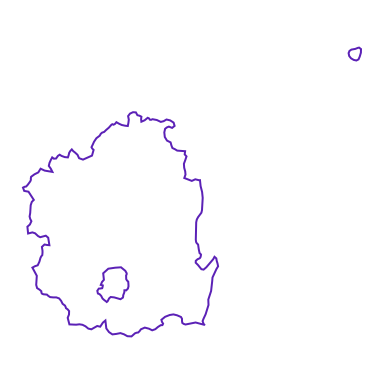 outline of North Gyeongsang
{"feature_id": "KOR-2509", "entity_name": "North Gyeongsang", "entity_type": "Metropolitan City", "adm_level": 1, "iso_a3": "KOR", "parent_name": "South Korea", "parent_adm1": "", "projection": "equal_earth", "projection_center": [128.783, 36.538], "detail": "fine", "context": "isolated", "style": "outline", "palette": "violet", "viewbox_px": 384, "rotation_deg": 0, "n_neighbors": 0, "source": "natural_earth", "source_scale": "10m", "svg_char_len": 3784}
<svg xmlns="http://www.w3.org/2000/svg" viewBox="0 0 384 384"><path d="M200.0,180.2L200.0,180.4L200.6,186.1L202.1,192.0L202.7,197.9L202.0,210.1L201.4,212.7L198.1,217.1L196.8,219.5L196.2,222.3L195.8,239.7L196.1,242.0L196.8,243.3L197.5,243.9L198.1,244.6L198.8,249.5L199.6,253.2L200.5,253.9L201.0,254.7L200.6,256.9L199.8,258.2L198.6,258.8L197.6,259.2L195.8,260.8L195.7,262.7L198.0,265.0L199.6,267.0L201.4,269.2L203.6,269.6L206.3,267.3L213.2,259.2L214.5,256.8L216.3,258.4L216.7,260.8L217.5,263.4L218.1,266.3L216.4,269.1L212.5,277.5L212.2,281.2L211.1,291.0L208.3,299.6L208.5,305.0L205.6,314.3L203.5,318.8L202.6,321.1L203.5,323.7L204.3,324.7L204.2,324.8L195.6,322.5L185.5,324.5L183.7,323.9L182.3,322.9L182.0,321.0L182.0,318.8L181.0,317.0L177.1,315.3L173.4,314.4L169.7,315.0L165.1,316.8L161.4,319.8L162.0,321.9L163.1,323.7L162.4,325.1L160.7,325.2L157.9,327.0L155.3,329.2L152.2,330.3L149.0,328.7L144.8,327.6L140.9,329.3L139.6,331.1L138.2,332.5L136.6,332.7L135.0,333.3L131.5,336.4L127.4,336.2L124.0,334.3L120.4,333.1L116.4,333.9L112.4,334.4L109.0,332.1L106.3,328.4L105.4,320.5L102.9,322.6L100.2,326.7L97.2,326.0L91.4,329.3L88.3,328.6L85.5,326.3L82.5,324.8L79.4,324.3L76.1,324.7L69.4,324.4L67.7,317.8L69.0,314.5L69.1,311.1L67.6,309.3L66.0,308.2L65.6,306.9L65.0,305.6L62.6,303.8L61.1,300.8L59.1,298.4L56.3,297.4L53.2,297.4L50.1,297.1L48.3,295.9L46.9,294.6L43.6,294.3L42.7,294.0L41.8,293.5L41.4,292.4L41.3,291.2L40.3,290.3L39.3,289.5L37.1,288.1L36.2,284.9L36.8,275.8L32.4,267.6L35.0,266.2L37.7,265.3L39.4,261.7L40.4,258.1L41.2,256.4L42.3,255.1L42.5,252.7L42.5,250.8L41.9,246.9L44.5,244.5L47.1,245.0L49.4,245.2L48.2,237.7L45.8,235.7L40.2,237.2L38.1,236.1L35.1,233.3L32.4,232.4L28.1,233.5L27.4,226.7L29.9,224.5L31.4,221.2L30.2,218.9L29.6,216.5L30.2,213.0L30.7,205.2L31.8,201.9L33.8,199.9L28.5,191.7L24.2,190.9L23.0,187.6L24.6,186.8L26.2,186.5L27.8,184.7L30.3,181.3L30.9,179.8L30.8,178.5L31.1,176.8L34.5,174.3L38.3,172.4L40.6,168.7L44.7,170.6L52.4,171.9L50.8,168.7L48.8,165.9L49.5,162.9L50.9,159.8L52.2,157.4L53.9,158.7L56.1,158.5L57.9,155.9L59.7,154.7L61.5,155.9L64.8,157.1L67.9,157.4L68.7,155.0L69.2,152.8L70.4,150.9L71.8,149.4L73.2,151.1L75.0,152.5L77.5,154.8L79.1,158.2L83.0,159.6L92.0,155.6L93.6,149.9L92.2,148.5L91.5,147.2L92.8,144.5L94.0,141.8L96.4,138.2L99.7,135.7L100.7,133.9L102.0,132.7L104.2,131.9L106.0,130.1L108.8,127.7L111.3,124.9L112.3,124.2L113.6,124.7L115.1,123.8L116.4,122.2L119.2,123.8L121.8,125.0L125.1,125.7L127.8,126.0L128.4,122.9L128.8,119.6L128.1,116.1L130.0,113.6L133.0,112.2L135.9,112.4L137.4,115.2L139.5,115.7L141.4,116.7L141.1,119.2L141.4,121.7L144.6,120.3L147.7,117.8L149.0,118.4L149.9,119.7L151.1,119.8L152.5,119.2L156.8,120.0L160.8,121.9L163.6,121.2L166.5,119.5L170.2,120.4L173.6,122.6L174.6,125.9L172.1,127.9L168.9,126.6L166.9,127.4L165.1,128.8L164.3,132.4L164.8,137.0L167.0,140.6L170.6,142.4L171.4,145.4L172.4,148.0L174.9,149.2L177.2,150.6L185.1,151.2L184.7,154.4L185.6,155.4L186.5,156.4L185.3,160.0L183.9,163.8L184.2,167.8L185.2,171.4L185.5,174.6L184.3,178.0L191.8,180.9L195.3,179.3L198.9,180.2L200.0,180.2ZM126.2,290.4L127.9,288.6L128.5,286.3L128.4,283.8L128.2,281.6L127.0,280.5L126.2,279.1L126.1,275.4L126.6,274.5L126.7,273.3L125.3,270.8L121.0,267.3L115.2,267.7L108.3,268.7L103.2,273.3L103.9,279.8L102.0,282.0L100.8,284.9L101.9,285.1L102.8,285.4L102.6,286.9L102.2,288.2L100.4,288.5L98.8,288.6L97.3,290.8L97.9,293.5L99.6,294.2L101.2,295.9L102.5,298.5L104.4,300.2L105.7,301.1L106.7,302.0L107.6,301.3L109.1,298.4L110.7,297.0L114.2,297.4L120.5,299.2L122.9,297.6L123.2,296.2L123.2,295.3L124.3,292.4L124.4,291.2L124.4,290.3L125.4,290.2L126.2,290.4ZM359.1,47.6L361.0,49.1L360.9,52.7L359.7,56.7L358.5,59.4L356.4,60.5L353.7,59.9L351.0,58.3L349.2,56.0L348.6,53.1L349.5,50.9L351.4,49.6L355.3,48.9L357.8,47.9L359.1,47.6Z" fill="none" stroke="#5b21b6" stroke-width="2"/></svg>